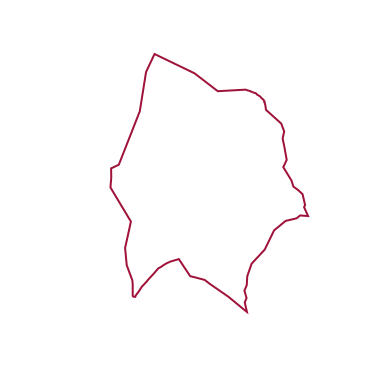 the district of Darvi, Hovd, Mongolia, rotated 224°
{"feature_id": "93677404B97988329611123", "entity_name": "Darvi", "entity_type": "district", "adm_level": 2, "iso_a3": "MNG", "parent_name": "Mongolia", "parent_adm1": "Hovd", "projection": "robinson", "projection_center": [93.606, 47.084], "detail": "fine", "context": "isolated", "style": "outline", "palette": "rose", "viewbox_px": 384, "rotation_deg": 224, "n_neighbors": 0, "source": "geoboundaries", "source_scale": "gbopen_adm2", "svg_char_len": 1756}
<svg xmlns="http://www.w3.org/2000/svg" viewBox="0 0 384 384"><g transform="rotate(224 192 192)"><path d="M285.5,213.5L263.6,160.8L266.6,152.8L260.2,146.4L253.8,138.6L215.4,128.3L206.1,113.2L201.3,105.3L188.1,94.0L173.5,87.0L173.1,86.6L172.9,86.5L171.6,85.3L170.4,84.3L162.4,76.0L161.2,76.1L161.1,76.4L160.6,76.8L160.0,77.2L160.4,78.1L160.7,79.0L160.8,80.2L161.0,81.8L161.1,82.8L161.7,86.0L161.9,86.9L162.0,87.7L162.3,89.0L162.3,89.4L162.3,92.3L162.4,94.0L162.4,95.0L162.3,95.6L162.3,96.0L162.5,96.8L162.7,99.6L162.7,100.9L162.8,106.2L163.2,113.6L162.3,116.5L161.9,118.1L161.9,118.7L160.8,122.9L159.3,126.7L154.9,134.6L134.8,130.2L130.2,132.9L121.7,137.6L115.9,138.2L93.3,141.9L75.7,143.3L71.0,143.7L69.2,143.9L77.3,149.2L79.1,153.6L85.8,157.5L87.9,163.0L93.8,169.9L99.3,181.8L99.7,201.2L106.3,221.4L104.6,236.2L98.5,245.7L97.9,250.3L91.8,255.3L100.9,259.0L101.5,261.1L110.9,267.2L117.2,267.1L122.8,266.3L128.2,269.3L143.6,273.3L146.2,280.9L156.7,288.5L163.8,293.3L167.8,299.6L175.3,303.2L195.9,302.5L196.6,303.1L196.8,303.3L197.5,303.7L197.6,303.9L197.9,304.2L198.5,304.6L199.0,304.9L199.2,305.1L199.6,305.4L200.0,305.7L200.8,306.1L201.0,306.2L201.2,306.4L201.5,306.6L201.8,306.8L201.9,307.0L202.2,307.1L202.5,307.2L202.7,307.4L202.8,307.3L202.9,307.5L203.3,307.5L203.5,307.6L204.1,307.8L204.6,308.0L205.0,308.0L205.3,307.9L206.7,307.9L207.7,307.9L209.0,308.0L209.7,308.0L210.5,307.8L211.3,307.7L212.5,307.3L213.1,307.3L213.4,307.3L213.6,307.4L214.1,307.4L214.6,307.4L215.5,307.0L216.3,306.5L219.0,305.4L219.4,305.3L219.6,305.1L220.1,305.1L220.7,304.8L221.2,304.5L222.6,303.7L223.1,303.5L223.6,303.3L224.2,303.0L224.6,302.8L243.5,282.4L272.7,279.1L314.8,265.2L308.4,246.4L285.5,213.6L285.5,213.5Z" fill="none" stroke="#9f1239" stroke-width="2"/></g></svg>